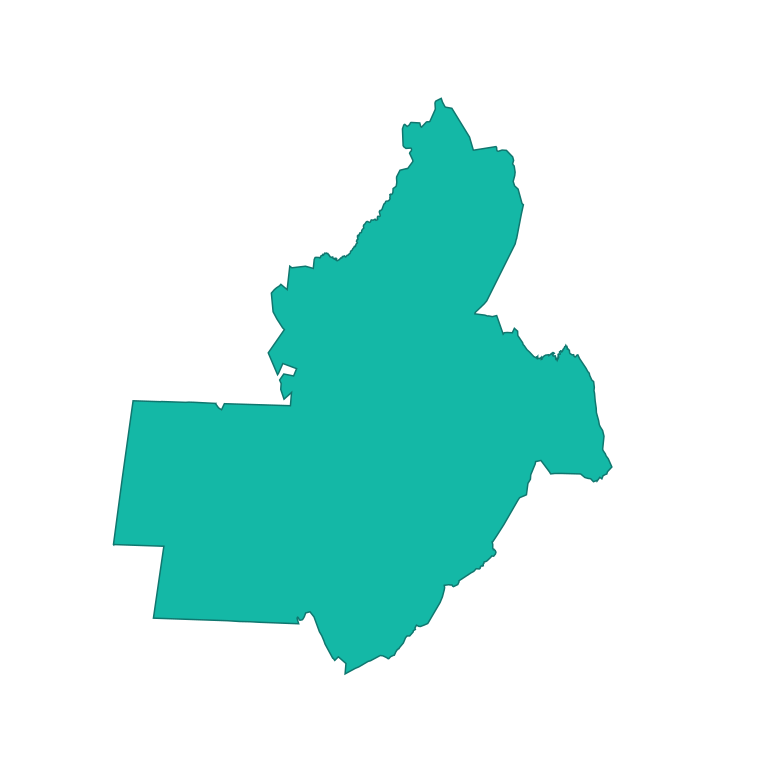 Cīravas pag., Aizputes, Latvia (Equal Earth projection), rotated 283°
{"feature_id": "27541924B26193226083198", "entity_name": "Cīravas pag.", "entity_type": "district", "adm_level": 2, "iso_a3": "LVA", "parent_name": "Latvia", "parent_adm1": "Aizputes", "projection": "equal_earth", "projection_center": [21.425, 56.745], "detail": "fine", "context": "isolated", "style": "filled", "palette": "teal", "viewbox_px": 768, "rotation_deg": 283, "n_neighbors": 0, "source": "geoboundaries", "source_scale": "gbopen_adm2", "svg_char_len": 6170}
<svg xmlns="http://www.w3.org/2000/svg" viewBox="0 0 768 768"><g transform="rotate(283 384 384)"><path d="M103.1,409.8L92.8,411.3L100.4,419.9L102.7,423.1L110.1,430.9L111.3,433.1L118.6,441.4L118.9,444.0L118.0,448.1L117.3,449.7L117.4,450.4L119.8,451.8L122.0,454.6L122.1,455.1L125.7,455.8L128.1,456.7L128.4,457.2L129.3,457.5L129.6,458.2L130.2,458.2L136.0,461.1L141.7,462.1L143.7,463.2L144.3,465.7L149.0,468.2L150.3,468.1L151.9,469.8L153.2,469.0L156.3,469.9L155.7,472.5L155.9,474.0L158.1,477.3L160.4,480.4L161.0,480.7L183.7,487.8L189.6,488.8L196.6,489.0L199.1,488.9L201.4,488.0L203.1,492.5L203.0,493.5L203.5,495.4L202.5,496.3L202.2,497.3L205.2,501.0L208.1,501.6L209.2,501.4L219.6,511.3L221.6,513.6L224.8,515.4L225.2,518.4L225.9,519.1L227.2,519.0L227.8,519.5L228.5,519.6L228.9,520.4L228.8,521.0L229.2,521.2L229.3,521.6L230.7,521.1L231.6,521.7L232.8,521.5L233.3,521.7L233.8,523.0L234.9,524.2L239.3,527.1L240.6,527.6L240.9,529.6L243.4,530.8L245.3,530.9L246.8,529.8L247.3,528.7L247.2,528.2L247.7,528.3L248.0,527.2L248.4,526.9L252.0,526.1L254.4,524.9L254.9,525.5L260.7,527.7L273.9,532.4L300.8,540.6L303.7,541.7L308.1,547.7L319.5,546.6L324.1,548.1L328.5,547.4L340.0,549.3L342.5,549.2L344.8,554.1L335.4,565.2L333.9,566.6L335.2,570.4L336.7,576.6L340.6,595.8L338.1,600.7L337.9,604.1L338.2,606.6L335.9,610.1L337.8,613.0L337.2,613.4L341.6,615.3L340.6,617.6L343.9,618.1L345.7,620.1L346.4,621.3L348.8,621.5L354.4,624.7L361.5,619.4L364.0,616.5L365.7,615.4L368.6,612.3L369.8,611.7L382.6,610.1L387.8,607.5L391.0,604.3L392.7,603.0L396.7,601.3L403.9,597.4L408.2,596.2L414.9,593.6L422.4,591.2L424.7,590.1L428.0,589.7L433.5,587.7L434.7,585.5L438.8,582.4L440.4,581.7L441.3,580.9L441.8,579.9L444.7,577.4L452.6,569.0L456.0,566.3L455.3,565.3L453.9,564.8L453.3,564.1L453.7,563.0L455.1,562.3L455.2,562.0L454.7,560.9L455.5,558.4L456.3,557.8L458.6,557.0L459.1,555.8L459.7,555.3L459.4,554.7L460.9,554.3L461.7,553.8L461.4,553.4L462.5,552.5L461.7,552.4L461.0,551.7L458.9,551.3L458.0,550.6L456.9,550.7L455.5,550.2L455.2,549.8L456.2,549.0L456.1,548.7L455.3,548.4L454.8,547.8L454.3,547.9L453.4,548.8L452.6,548.9L452.3,548.2L452.5,547.3L452.1,547.0L451.6,547.0L449.4,548.2L446.3,547.5L447.7,546.9L445.8,546.7L446.4,546.5L446.6,545.9L449.9,544.6L449.4,542.9L449.6,542.1L451.1,542.1L452.2,543.0L452.7,542.1L452.6,541.4L452.1,541.2L452.0,540.8L451.3,540.7L451.0,540.0L450.5,540.1L449.9,539.1L448.7,538.3L449.5,537.7L448.5,535.0L447.1,533.5L446.3,533.1L445.8,532.3L445.2,532.6L444.4,532.1L443.7,532.3L443.5,532.0L443.8,531.9L444.9,531.4L444.3,531.3L445.0,531.0L444.2,530.6L444.3,530.3L443.6,529.3L443.8,528.6L443.3,528.0L445.5,527.5L444.4,527.0L444.8,526.9L444.8,526.6L443.8,526.3L444.4,523.8L447.9,518.6L449.6,515.6L453.0,511.9L453.6,510.8L455.4,509.8L461.3,503.5L465.5,502.3L467.6,498.5L462.8,497.5L461.9,492.4L461.0,489.6L459.4,488.9L476.0,478.4L474.0,474.4L473.9,470.6L473.5,470.0L473.8,466.8L472.8,456.8L473.8,456.7L474.9,457.2L484.6,463.6L488.1,465.4L550.0,480.3L554.7,480.3L555.3,480.5L580.4,479.6L590.0,479.5L590.9,477.9L604.1,470.8L606.4,466.7L610.4,464.3L616.5,464.5L619.9,464.1L625.7,461.8L626.8,460.3L627.6,459.8L631.0,460.0L634.2,458.3L639.2,450.7L638.5,446.4L636.5,443.1L636.5,442.1L637.0,441.4L639.8,440.5L640.5,439.7L632.1,419.0L632.0,418.4L643.8,411.8L667.9,388.1L667.6,381.8L667.9,381.0L671.8,377.6L675.2,375.5L671.4,370.9L670.3,370.5L669.1,370.5L663.7,372.1L662.7,372.1L650.4,369.7L649.6,369.0L649.2,367.0L648.7,366.3L642.7,362.8L643.1,361.9L646.4,360.1L645.0,351.8L644.7,351.2L642.1,350.4L640.1,348.6L641.6,346.0L641.5,345.5L640.7,345.0L636.7,344.6L620.6,349.0L619.6,349.9L618.5,352.4L619.9,357.0L619.7,357.6L618.8,358.1L617.2,358.1L615.7,357.2L614.6,357.0L608.7,361.6L607.4,362.1L599.5,358.7L598.9,357.9L599.0,357.6L595.9,351.5L588.7,349.7L587.4,349.9L583.4,351.1L579.8,351.4L578.9,351.0L576.5,348.9L572.7,349.6L571.0,349.2L570.2,348.3L570.4,347.6L569.8,347.1L568.5,347.7L566.6,347.8L565.9,348.3L563.9,347.5L563.1,346.5L562.6,344.9L562.1,344.6L560.4,344.3L559.8,343.7L559.1,343.4L553.5,342.7L552.2,341.7L551.9,341.4L552.1,341.1L551.6,340.8L550.6,340.7L547.4,342.4L546.8,342.4L546.2,342.0L546.1,340.4L545.7,340.1L543.8,340.2L543.4,340.8L542.7,340.7L541.7,339.3L542.6,338.2L541.2,336.7L541.0,334.7L538.8,334.2L538.2,333.7L538.3,332.5L538.7,331.6L538.4,330.7L537.8,330.2L535.7,329.4L534.4,328.5L533.2,328.4L531.4,329.2L529.6,328.1L528.5,327.8L526.6,327.9L526.3,327.6L525.8,326.5L522.7,326.0L522.8,325.7L523.3,325.7L523.3,325.4L522.3,324.8L520.4,325.4L520.3,325.7L518.9,326.0L518.5,325.3L517.7,325.3L517.0,325.0L515.5,326.3L514.0,325.3L511.6,325.2L511.3,324.9L511.5,324.2L511.3,324.1L510.2,323.9L508.7,323.1L507.2,322.8L505.8,321.6L504.5,321.7L503.4,321.4L502.8,320.7L501.4,320.0L501.2,319.2L499.2,318.1L499.2,317.6L499.9,316.7L499.9,316.4L499.0,315.7L498.9,314.8L497.3,314.5L497.1,313.5L495.3,312.6L493.7,311.0L493.8,310.5L493.6,310.0L493.7,309.7L495.2,309.7L495.2,309.4L495.8,308.8L495.6,308.6L494.7,308.6L495.0,308.2L494.5,307.6L495.2,307.2L494.9,306.3L495.1,306.0L496.2,305.5L496.1,305.0L495.5,304.4L496.0,302.5L496.8,302.1L496.9,301.5L497.6,301.2L497.8,300.5L498.5,300.0L498.3,299.3L498.7,298.7L498.1,298.0L498.3,297.4L498.2,296.8L496.0,296.0L495.7,295.7L496.3,295.2L495.3,294.7L494.6,293.7L493.0,293.6L492.6,293.4L492.4,293.1L492.7,292.5L492.1,289.2L491.7,288.4L489.6,288.0L480.7,289.1L481.1,281.0L476.5,268.1L477.6,265.7L454.2,268.4L457.9,261.1L456.1,260.1L453.5,257.6L451.2,255.9L447.2,253.8L429.4,259.7L423.3,265.0L415.9,272.6L414.6,274.7L388.3,264.2L369.1,278.2L370.7,278.8L381.2,280.8L379.3,295.4L371.5,294.1L371.2,284.1L364.4,281.4L361.3,283.7L355.5,284.6L346.7,290.0L355.0,295.8L341.8,297.7L328.9,232.9L322.4,231.5L323.0,229.5L323.6,228.1L327.0,224.2L327.2,224.3L323.4,202.9L322.4,197.9L321.5,194.9L316.8,170.8L316.5,170.3L311.2,143.3L234.2,150.1L166.7,156.5L166.5,156.8L166.8,156.8L176.4,206.0L104.0,212.0L118.2,285.0L120.1,296.7L122.2,306.8L123.9,316.6L131.2,354.8L135.7,352.2L136.3,352.0L137.3,352.2L137.2,352.9L135.2,354.6L134.9,355.2L135.8,357.3L136.7,357.9L139.3,358.7L143.3,359.2L145.4,363.1L141.3,368.2L128.1,376.8L124.7,380.0L120.3,383.2L117.3,385.1L105.3,395.7L105.4,396.1L103.6,398.2L107.9,400.9L103.1,409.8Z" fill="#14b8a6" stroke="#0f766e" stroke-width="1.5"/></g></svg>